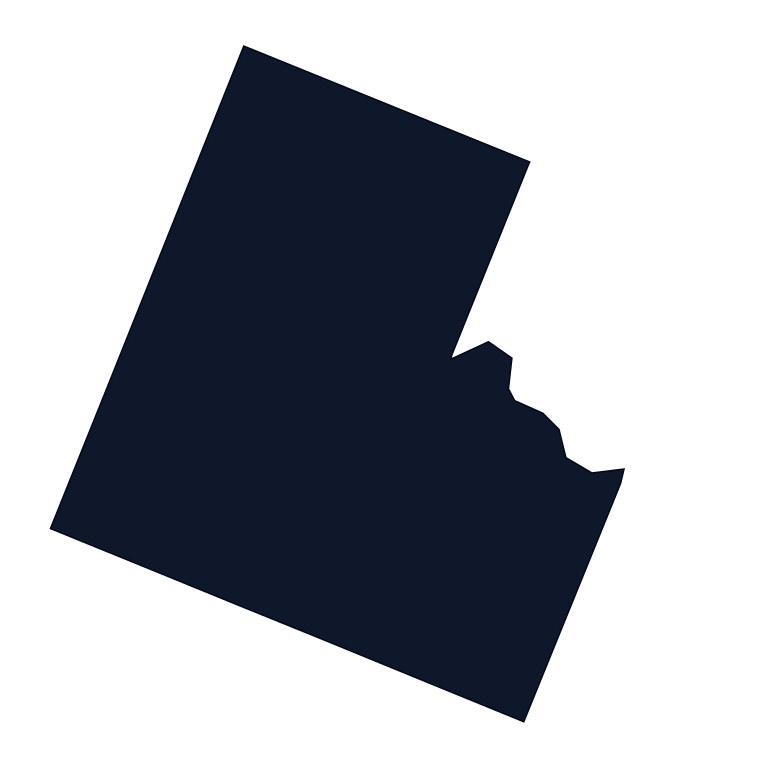 Logan, Oklahoma, United States of America, rotated 22°
{"feature_id": "52423323B62151411307499", "entity_name": "Logan", "entity_type": "district", "adm_level": 2, "iso_a3": "USA", "parent_name": "United States of America", "parent_adm1": "Oklahoma", "projection": "mercator", "projection_center": [-97.363, 35.945], "detail": "fine", "context": "isolated", "style": "filled", "palette": "ink", "viewbox_px": 768, "rotation_deg": 22, "n_neighbors": 0, "source": "geoboundaries", "source_scale": "gbopen_adm2", "svg_char_len": 494}
<svg xmlns="http://www.w3.org/2000/svg" viewBox="0 0 768 768"><g transform="rotate(22 384 384)"><path d="M127.4,123.2L128.6,483.3L128.9,643.0L163.0,643.1L265.3,643.4L282.4,643.5L333.7,643.7L419.0,643.8L538.4,644.4L640.1,644.8L640.6,404.5L640.6,387.4L638.4,372.9L610.1,388.6L580.2,384.1L563.3,360.6L542.2,351.6L511.4,350.5L501.2,341.8L492.9,312.1L465.0,305.7L436.6,336.0L436.0,331.2L435.8,129.9L435.9,123.6L333.5,123.5L127.4,123.2Z" fill="#0f172a" stroke="#020617" stroke-width="1.5"/></g></svg>